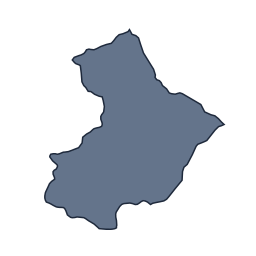 Bossemtélé, Ouham-Pendé, Central African Republic (Albers equal-area conic projection), rotated 259°
{"feature_id": "33826404B76356244638876", "entity_name": "Bossemtélé", "entity_type": "district", "adm_level": 2, "iso_a3": "CAF", "parent_name": "Central African Republic", "parent_adm1": "Ouham-Pendé", "projection": "albers", "projection_center": [16.537, 5.936], "detail": "fine", "context": "isolated", "style": "filled", "palette": "slate", "viewbox_px": 256, "rotation_deg": 259, "n_neighbors": 0, "source": "geoboundaries", "source_scale": "gbopen_adm2", "svg_char_len": 2221}
<svg xmlns="http://www.w3.org/2000/svg" viewBox="0 0 256 256"><g transform="rotate(259 128 128)"><path d="M113.1,223.0L116.0,220.9L119.8,218.6L123.4,215.6L125.2,211.9L129.2,206.3L137.1,204.0L142.6,197.8L151.3,187.9L152.6,185.6L152.5,183.6L152.2,180.8L153.3,177.4L154.5,175.2L159.1,173.3L163.1,169.9L166.2,169.2L168.5,167.8L169.9,165.4L172.5,164.2L174.8,165.0L180.8,164.3L187.6,161.7L198.7,157.5L207.5,156.3L214.4,155.5L217.2,153.3L219.2,149.8L224.3,148.2L222.6,146.5L221.5,141.1L221.3,137.1L219.2,133.7L216.4,130.6L214.3,127.8L214.1,122.8L213.2,116.9L211.9,112.6L211.3,109.5L212.2,106.4L212.9,104.7L212.7,102.2L211.0,100.7L209.6,99.0L208.7,96.0L208.4,93.4L207.6,88.7L205.4,86.3L202.4,88.0L201.1,89.1L199.2,92.2L198.3,93.1L190.9,92.6L182.1,91.6L178.1,92.7L175.8,94.3L171.6,95.9L170.8,98.6L167.5,101.6L164.7,105.7L163.5,108.6L159.7,108.9L153.6,108.9L148.5,107.2L147.5,106.3L146.1,104.7L144.5,103.5L141.8,103.0L138.5,103.5L136.8,103.5L135.0,102.7L134.6,102.1L134.1,100.0L134.1,98.1L134.0,96.3L133.8,94.5L133.0,92.9L131.3,90.3L130.0,86.3L127.6,81.8L122.1,80.1L118.1,75.8L116.2,65.1L116.4,61.4L116.6,59.8L116.1,57.4L115.8,55.8L115.7,53.7L116.6,51.7L117.0,49.8L117.0,48.3L117.0,47.2L115.7,46.1L114.6,45.7L110.2,47.7L107.6,49.7L105.6,51.3L104.2,51.6L103.1,51.1L101.4,49.7L100.6,47.5L99.4,46.1L96.9,45.7L93.4,46.4L91.7,46.2L90.1,42.7L88.3,40.3L85.3,38.2L83.4,36.8L80.9,35.0L80.1,34.5L77.2,33.4L75.2,33.0L73.0,33.1L70.9,33.7L69.3,36.3L67.9,38.1L66.3,39.9L64.3,42.5L63.7,43.9L63.2,45.5L62.7,47.7L62.2,49.5L61.0,50.5L58.8,51.2L55.9,51.7L54.3,51.9L52.8,53.2L51.3,54.6L50.6,56.1L50.3,58.7L50.4,61.0L48.4,67.6L47.1,69.1L44.3,71.8L43.2,73.1L40.1,76.5L35.6,79.9L34.7,80.5L32.8,87.2L31.9,91.7L31.7,93.8L31.7,95.9L32.2,97.6L33.9,98.0L34.6,98.4L39.3,99.0L40.5,99.0L42.9,99.0L45.9,99.5L47.6,100.3L52.5,104.8L54.2,107.3L54.6,109.5L54.0,115.5L52.9,118.1L51.5,120.5L51.3,122.6L52.2,124.9L53.1,126.6L53.8,128.9L53.1,130.9L51.6,133.0L48.6,135.5L49.4,137.9L49.5,141.2L49.5,145.6L49.6,149.3L50.7,152.3L53.1,155.3L59.3,162.5L66.4,171.1L74.8,173.2L78.8,175.4L81.0,179.2L89.5,186.0L97.1,191.4L98.7,193.4L99.4,197.3L100.1,200.7L100.7,203.0L109.3,213.0L112.1,217.2L112.4,220.0L113.1,223.0Z" fill="#64748b" stroke="#1e293b" stroke-width="1.5"/></g></svg>